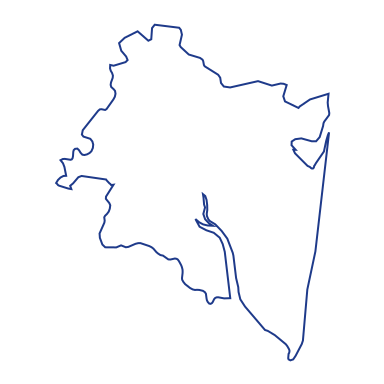 an SVG outline of Gironde, rotated 181°
{"feature_id": "FRA-5295", "entity_name": "Gironde", "entity_type": "Metropolitan department", "adm_level": 1, "iso_a3": "FRA", "parent_name": "France", "parent_adm1": "", "projection": "albers", "projection_center": [-0.442, 44.886], "detail": "fine", "context": "isolated", "style": "outline", "palette": "blue", "viewbox_px": 384, "rotation_deg": 181, "n_neighbors": 0, "source": "natural_earth", "source_scale": "10m", "svg_char_len": 3208}
<svg xmlns="http://www.w3.org/2000/svg" viewBox="0 0 384 384"><g transform="rotate(181 192 192)"><path d="M57.2,292.6L57.9,283.8L57.5,280.2L56.1,273.3L56.3,271.3L61.0,264.7L61.7,263.1L62.1,260.2L65.3,249.1L68.8,244.9L73.1,244.8L83.6,247.5L89.7,246.6L93.2,244.2L93.3,240.5L89.1,236.0L91.4,236.0L89.7,232.5L76.9,220.1L75.0,219.3L74.2,218.8L73.5,218.1L72.7,217.6L71.5,217.6L70.7,218.4L70.4,219.4L70.2,220.4L69.8,220.8L68.6,223.0L60.8,234.8L58.7,245.5L57.1,251.3L56.0,254.0L67.6,134.7L75.0,96.5L78.5,45.4L79.6,41.9L85.5,30.1L87.9,26.4L90.7,25.4L92.5,26.3L92.9,27.4L92.8,29.2L92.6,31.9L92.1,32.7L91.8,34.0L91.8,35.3L92.3,36.6L94.0,39.5L95.5,41.4L106.8,50.4L113.9,54.5L116.6,55.3L137.0,78.4L141.8,85.5L143.7,92.8L144.1,97.7L146.4,106.7L149.5,129.1L150.2,131.9L155.9,146.0L161.7,153.6L168.2,160.1L173.7,163.3L175.2,165.0L176.6,168.1L176.9,170.3L176.4,174.2L176.6,179.2L177.3,184.3L178.7,188.2L181.0,190.0L180.4,186.6L179.7,179.7L178.7,176.8L180.3,170.2L178.4,165.0L174.6,161.1L170.6,158.6L175.8,158.8L180.3,159.8L184.2,161.8L188.1,165.0L183.8,157.4L177.0,154.0L169.5,151.6L163.5,146.8L160.4,140.5L158.2,132.8L151.9,86.5L152.0,86.5L158.0,86.2L164.0,87.2L165.5,87.1L166.9,86.5L167.9,85.4L168.6,84.0L169.2,82.6L170.1,81.3L171.4,80.5L172.8,80.7L174.3,82.3L175.2,84.0L175.6,85.8L176.3,90.5L177.4,92.1L179.4,93.4L183.0,94.2L185.3,94.3L187.3,94.1L189.6,94.6L192.3,96.0L197.2,99.7L199.1,102.0L200.3,104.1L200.5,105.7L200.0,110.8L200.0,112.5L200.1,114.1L200.5,115.7L201.0,117.3L201.7,118.9L203.8,122.6L205.1,124.3L206.2,124.9L207.9,125.2L212.5,124.1L214.5,124.2L219.9,127.9L222.5,128.4L224.9,129.9L226.6,131.3L229.6,134.7L231.5,136.1L233.8,137.2L242.7,140.0L245.0,139.9L247.6,139.2L254.7,136.0L257.2,135.6L262.0,137.4L266.7,135.3L277.8,135.2L280.7,137.9L283.3,144.5L283.7,148.9L279.1,159.8L278.8,161.8L279.3,165.2L278.5,166.7L276.6,168.6L274.9,171.0L273.9,173.9L273.5,177.3L274.5,179.5L278.0,183.7L277.9,185.9L270.6,197.9L272.9,197.5L273.9,198.7L274.6,199.1L277.6,202.2L278.1,203.0L302.7,206.1L305.9,204.8L311.1,198.5L313.9,196.1L312.7,192.8L315.8,193.3L325.0,196.0L326.0,196.5L326.8,197.5L328.0,198.6L326.2,201.7L323.7,204.2L320.8,205.8L318.1,206.0L320.0,214.8L321.5,218.5L324.0,221.5L321.8,222.7L319.8,222.9L314.0,222.1L312.8,222.5L312.0,223.7L311.6,225.8L311.4,230.1L311.0,231.8L309.7,233.1L307.4,233.4L305.6,231.7L304.1,229.3L302.3,227.4L300.2,227.1L297.6,227.8L295.1,229.2L293.3,231.0L291.9,234.3L291.6,237.7L292.5,240.8L294.6,243.4L301.5,245.5L303.1,247.5L302.3,251.9L287.3,271.5L285.6,273.0L283.9,273.2L280.3,272.5L278.9,273.4L272.2,283.2L270.8,285.9L270.2,288.9L270.7,291.7L271.9,293.2L274.6,295.6L275.2,297.7L274.9,300.1L273.3,304.7L273.1,307.0L274.0,309.6L275.3,311.7L276.1,314.1L276.0,317.6L272.6,316.9L260.7,320.7L258.7,322.8L260.2,326.3L265.2,332.0L267.5,339.6L262.0,345.0L249.2,351.7L238.3,342.5L235.4,344.0L234.8,355.2L232.2,358.6L207.7,356.0L206.0,353.9L204.8,349.1L207.0,338.7L205.8,336.7L197.6,329.4L186.3,326.2L183.8,324.5L183.1,323.1L182.3,319.2L181.5,317.9L167.9,309.7L165.8,306.8L164.9,301.5L162.0,298.0L155.7,297.2L127.9,304.0L114.0,299.8L105.3,302.0L102.3,301.8L99.2,300.6L102.4,289.3L100.6,284.2L87.0,277.9L85.8,279.4L75.6,286.6L57.2,292.6Z" fill="none" stroke="#1e3a8a" stroke-width="2"/></g></svg>